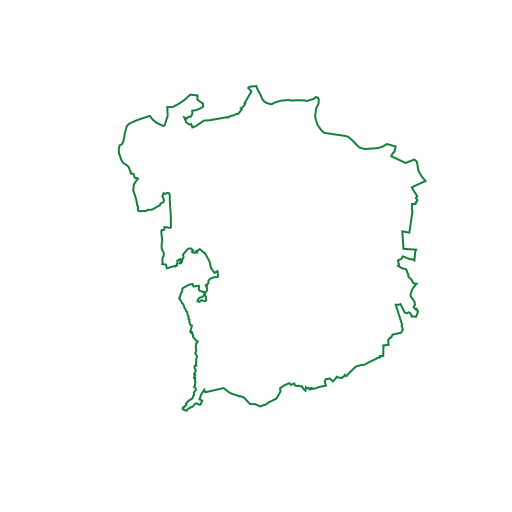 outline of Uriu, Bistrita-Nasaud, Romania, rotated 204°
{"feature_id": "2599482B41912909280800", "entity_name": "Uriu", "entity_type": "district", "adm_level": 2, "iso_a3": "ROU", "parent_name": "Romania", "parent_adm1": "Bistrita-Nasaud", "projection": "albers", "projection_center": [24.088, 47.22], "detail": "fine", "context": "isolated", "style": "outline", "palette": "green", "viewbox_px": 512, "rotation_deg": 204, "n_neighbors": 0, "source": "geoboundaries", "source_scale": "gbopen_adm2", "svg_char_len": 6117}
<svg xmlns="http://www.w3.org/2000/svg" viewBox="0 0 512 512"><g transform="rotate(204 256 256)"><path d="M331.4,406.3L327.1,404.5L328.6,391.0L327.8,390.9L328.1,387.9L329.9,384.7L328.6,384.3L330.1,378.4L330.6,378.0L331.4,378.1L334.1,375.0L336.1,373.7L337.3,371.8L338.2,371.0L338.5,371.3L354.3,360.7L358.6,358.6L364.1,349.7L366.4,347.6L368.8,350.2L370.1,349.0L374.0,349.6L377.9,353.4L375.2,353.3L374.6,355.1L373.7,356.3L372.4,356.5L372.0,358.0L372.2,360.6L373.4,362.8L370.1,364.8L367.3,367.7L365.0,370.8L366.5,373.7L369.5,374.1L373.3,375.2L374.7,378.9L381.7,376.6L385.0,369.1L389.0,362.9L392.6,358.3L397.6,355.9L393.7,348.2L392.6,338.0L393.7,337.1L400.8,337.2L405.6,338.5L410.0,340.8L420.6,331.1L425.2,325.8L426.9,322.5L425.7,314.2L424.5,310.4L423.8,306.4L424.0,303.5L425.6,301.6L424.7,297.6L422.6,293.4L421.4,292.7L418.4,289.2L415.2,287.0L411.5,286.5L408.3,285.4L405.9,282.8L404.5,281.9L404.3,280.5L403.9,280.4L401.4,281.2L398.8,278.3L397.6,278.1L396.5,279.0L395.2,278.4L396.1,275.5L396.6,271.5L394.8,266.0L388.6,259.2L384.9,253.7L383.8,253.2L382.7,250.1L381.9,249.4L379.4,249.9L378.2,250.9L374.8,252.3L373.7,254.3L372.8,254.4L370.5,255.7L369.4,256.6L368.9,257.5L368.4,257.6L367.2,259.8L364.6,263.0L364.3,264.0L364.6,264.5L364.4,265.2L362.5,267.6L362.6,269.1L363.2,270.1L365.8,272.4L366.0,275.7L364.1,275.7L363.2,277.4L360.8,278.0L359.5,276.3L358.4,274.2L358.1,273.1L349.8,257.3L345.7,248.3L345.5,246.9L351.4,245.2L350.5,242.9L350.9,242.1L352.7,241.3L352.3,239.4L347.5,231.2L347.3,229.3L345.7,225.4L344.2,223.4L342.3,222.0L341.0,220.4L340.4,218.5L340.6,216.6L340.1,214.6L338.9,212.4L338.4,210.5L334.8,211.5L332.4,208.5L326.0,214.0L325.4,213.6L324.3,215.2L325.2,216.4L324.7,217.3L325.0,218.3L326.0,219.5L324.8,221.4L323.6,222.5L322.8,221.1L322.5,218.4L321.5,219.1L321.3,221.0L321.8,221.9L321.7,225.3L322.1,226.2L323.1,227.1L323.1,228.2L321.1,234.9L319.1,236.3L318.0,236.3L315.9,235.7L316.3,233.8L315.4,233.5L313.3,234.0L312.7,234.8L311.7,235.0L312.8,235.7L311.6,237.2L311.2,237.1L310.7,238.8L310.2,239.4L303.2,237.5L296.2,232.0L292.1,226.6L287.0,223.7L285.0,226.5L282.3,221.9L283.3,220.6L285.9,219.5L288.6,216.6L289.4,214.0L288.4,212.0L289.2,210.2L288.6,209.4L288.6,208.9L290.7,209.4L288.2,207.3L287.0,205.8L286.8,203.6L287.4,202.3L287.1,199.7L285.1,198.4L285.0,197.7L283.8,195.8L283.7,194.4L284.9,193.7L287.7,193.6L289.0,191.0L291.1,191.0L291.3,192.1L290.8,194.7L288.3,196.8L287.8,198.0L287.7,199.4L288.1,201.2L288.6,202.0L289.1,202.1L290.1,201.5L293.6,201.4L294.9,202.6L295.3,204.0L296.1,205.5L300.7,202.7L302.6,204.6L305.7,202.4L309.8,196.8L310.0,195.9L309.1,194.1L309.4,190.1L308.8,188.4L309.1,186.9L308.8,185.9L308.4,186.1L308.0,185.4L306.3,184.5L304.5,182.9L302.8,182.5L302.4,181.7L300.6,180.2L300.1,179.2L299.3,179.0L297.1,177.0L296.3,177.0L295.4,175.9L294.5,174.3L293.2,173.5L292.0,170.9L290.9,170.8L290.4,169.2L288.7,167.1L287.3,166.2L286.2,166.3L285.3,161.0L285.4,160.3L284.9,159.7L284.4,159.5L283.5,160.3L283.0,160.0L283.0,159.4L282.5,158.9L281.3,158.3L280.9,156.9L280.0,156.0L278.6,155.7L276.8,154.5L274.6,154.4L274.5,152.9L275.1,152.2L274.4,149.5L273.8,147.7L272.5,146.2L272.4,145.3L271.9,144.4L272.0,142.6L270.8,141.5L269.1,140.6L268.4,136.6L267.6,135.3L267.3,133.6L266.9,133.2L266.6,132.1L266.0,131.6L267.3,130.6L267.3,130.2L266.5,128.7L264.2,126.6L264.6,123.5L264.2,122.5L263.2,122.9L263.1,122.5L263.3,120.0L263.1,119.5L262.0,119.9L261.2,117.3L259.9,116.1L259.6,114.0L259.1,113.3L259.1,112.6L259.5,111.4L257.2,110.4L256.4,109.0L257.0,107.3L257.2,105.8L256.0,103.7L256.4,102.4L256.2,100.0L258.6,96.5L259.9,92.8L259.3,92.5L259.2,90.9L260.2,89.8L260.2,88.4L261.0,88.0L261.1,87.3L260.5,86.2L259.4,86.1L256.4,86.5L255.9,89.1L254.3,90.5L254.2,91.2L252.6,92.6L252.2,93.5L252.0,95.3L251.2,96.7L249.9,97.3L247.6,97.0L246.3,97.6L246.3,102.0L249.3,102.0L249.8,107.2L248.9,112.7L246.9,110.9L231.8,122.2L224.7,120.4L222.1,120.3L215.0,121.1L214.3,120.8L213.2,121.6L209.5,121.8L201.1,118.3L196.5,120.3L190.8,120.3L188.5,122.8L186.9,124.0L185.5,126.1L185.1,127.2L179.3,134.1L178.5,142.2L180.2,144.9L178.0,148.7L174.2,153.1L173.7,153.4L171.7,152.5L169.2,155.1L167.8,153.7L166.3,153.6L164.2,154.8L162.0,154.9L161.2,155.8L158.2,153.6L156.0,153.1L157.0,156.3L156.0,155.9L154.5,156.7L153.7,156.4L152.2,157.5L152.4,156.2L151.1,156.9L149.8,158.2L149.0,158.3L147.6,159.5L145.3,161.8L139.3,166.1L142.0,169.0L142.2,171.8L138.7,174.1L134.7,172.7L133.2,177.3L133.1,178.6L130.9,178.5L128.0,179.4L128.0,180.2L126.9,181.3L126.5,183.4L126.0,182.9L124.5,183.1L124.5,183.6L123.1,187.6L119.8,195.6L115.1,199.6L113.0,200.5L106.8,208.3L104.5,210.8L104.1,211.8L101.4,214.0L102.1,214.9L99.1,216.5L101.4,221.7L102.6,225.1L103.4,226.0L98.8,228.8L101.0,232.8L100.9,234.1L100.3,234.9L100.4,235.7L99.4,236.8L99.3,239.7L92.2,245.0L91.9,248.5L94.6,251.6L94.7,252.8L108.5,268.3L105.8,269.5L104.5,270.9L97.3,264.9L94.9,265.0L93.6,266.7L92.5,266.7L90.7,265.7L89.0,264.0L88.3,264.7L85.1,265.5L85.3,271.0L87.6,272.9L87.8,272.0L91.2,273.4L91.0,276.4L92.9,278.9L98.4,282.2L99.1,283.5L99.7,288.0L99.4,290.7L98.8,293.6L98.0,295.9L101.0,295.2L102.6,296.1L105.0,298.0L106.5,298.3L108.1,299.1L108.9,299.7L108.9,300.5L109.9,301.6L111.0,302.3L111.9,303.6L113.8,304.9L117.4,304.2L122.4,304.7L121.8,306.4L124.4,309.3L124.4,309.9L122.0,312.5L121.7,315.4L113.9,315.7L111.3,316.7L109.5,316.4L112.3,324.8L112.3,326.9L124.2,322.5L132.4,338.1L125.4,339.7L131.2,360.4L132.2,361.4L134.7,366.9L131.4,368.4L131.9,369.8L131.2,370.2L131.6,371.4L131.3,372.7L133.6,374.0L132.9,376.0L134.8,377.5L138.9,379.9L141.6,382.2L131.7,393.4L137.3,396.3L142.2,399.8L147.3,407.5L150.5,408.6L157.1,401.9L173.0,402.1L173.1,403.5L172.8,405.4L172.3,407.4L171.9,407.6L173.0,412.9L182.0,411.5L184.9,407.3L188.8,404.0L200.0,398.0L205.7,397.2L209.5,398.5L212.6,400.0L219.1,402.1L221.2,402.3L223.6,401.9L243.8,396.2L248.2,397.8L253.5,401.1L258.0,406.4L259.1,408.6L261.0,415.0L260.9,420.9L262.5,424.9L264.2,425.9L266.1,425.5L267.0,423.2L272.5,418.3L274.5,418.0L282.3,414.8L285.8,412.8L289.7,411.7L296.2,408.2L301.6,403.5L303.0,401.4L304.2,400.7L308.7,400.1L312.4,400.9L314.7,402.4L316.5,404.3L323.2,409.5L324.9,411.4L330.7,408.0L331.4,406.3Z" fill="none" stroke="#15803d" stroke-width="2"/></g></svg>